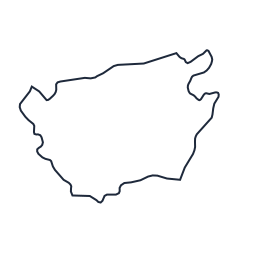 SVG path tracing the border of Aïn Defla, rotated 345°
{"feature_id": "DZA-2199", "entity_name": "Aïn Defla", "entity_type": "Province", "adm_level": 1, "iso_a3": "DZA", "parent_name": "Algeria", "parent_adm1": "", "projection": "albers", "projection_center": [2.129, 36.152], "detail": "fine", "context": "isolated", "style": "outline", "palette": "slate", "viewbox_px": 256, "rotation_deg": 345, "n_neighbors": 0, "source": "natural_earth", "source_scale": "10m", "svg_char_len": 1678}
<svg xmlns="http://www.w3.org/2000/svg" viewBox="0 0 256 256"><g transform="rotate(345 128 128)"><path d="M82.3,192.9L80.2,191.8L78.9,189.6L73.5,183.8L56.9,178.8L56.4,174.6L57.3,171.7L58.1,169.6L57.8,167.7L56.6,165.6L52.4,161.4L46.6,149.6L45.5,145.7L45.2,140.1L44.3,138.7L40.2,136.4L37.7,134.2L34.8,129.8L34.2,127.2L34.8,125.1L36.7,124.1L39.0,123.4L40.8,122.1L42.1,119.8L42.1,114.6L41.4,112.3L39.5,110.9L37.7,110.5L36.1,109.5L36.1,107.6L38.0,101.7L37.6,99.6L34.0,94.7L31.7,90.5L29.0,83.5L28.8,79.8L29.9,76.9L42.7,67.2L45.8,63.1L51.7,69.7L56.6,80.0L58.1,80.2L59.9,79.6L63.9,77.5L65.9,76.2L67.5,74.5L68.6,72.5L69.9,67.2L71.8,65.7L74.7,65.6L99.3,68.4L104.8,70.4L109.5,70.7L111.6,69.9L118.1,68.7L130.2,64.5L134.5,64.4L159.9,69.8L194.1,68.2L196.1,72.5L197.0,73.7L198.1,74.7L199.8,75.7L200.4,76.5L200.9,79.3L202.4,80.8L205.6,80.3L214.4,76.8L219.6,75.8L224.0,73.3L224.8,73.5L225.7,74.4L227.2,80.9L227.1,83.6L226.4,85.2L224.9,87.7L221.9,90.8L218.9,92.8L215.7,94.0L204.8,94.3L203.2,95.0L202.1,96.2L200.3,98.6L198.0,100.9L196.9,102.4L196.2,104.4L196.1,108.0L196.5,109.7L197.0,110.8L199.9,113.4L201.0,115.1L201.9,117.1L203.3,118.9L203.8,119.4L204.2,119.6L204.9,119.5L206.0,119.0L209.9,115.4L211.2,114.7L212.4,114.6L215.4,116.2L221.6,116.2L223.0,116.6L224.1,117.4L224.3,119.1L223.5,121.3L217.7,126.8L215.5,130.9L213.1,136.8L211.5,139.7L192.8,151.9L191.3,153.6L190.1,155.5L189.2,158.4L187.9,163.7L186.4,166.7L184.1,169.9L172.6,180.9L164.9,191.5L152.6,186.9L144.0,181.6L139.6,180.2L134.9,180.1L126.5,181.7L116.9,181.3L110.2,180.2L106.4,181.5L104.4,183.7L103.6,186.9L102.3,188.6L99.1,189.2L90.4,186.9L87.8,187.5L84.5,191.7L82.3,192.9Z" fill="none" stroke="#1e293b" stroke-width="2"/></g></svg>